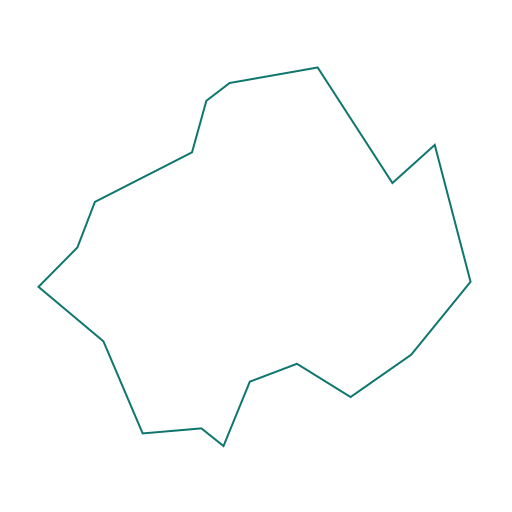 an SVG outline of Wolverhampton, rotated 3°
{"feature_id": "GBR-5693", "entity_name": "Wolverhampton", "entity_type": "Metropolitan Borough", "adm_level": 1, "iso_a3": "GBR", "parent_name": "United Kingdom", "parent_adm1": "", "projection": "mercator", "projection_center": [-2.117, 52.589], "detail": "fine", "context": "isolated", "style": "outline", "palette": "teal", "viewbox_px": 512, "rotation_deg": 3, "n_neighbors": 0, "source": "natural_earth", "source_scale": "10m", "svg_char_len": 387}
<svg xmlns="http://www.w3.org/2000/svg" viewBox="0 0 512 512"><g transform="rotate(3 256 256)"><path d="M428.7,135.7L471.6,270.5L416.2,346.4L357.8,391.9L302.5,361.5L256.4,381.8L233.5,447.5L210.5,431.0L152.1,439.1L108.1,349.2L40.4,298.2L77.2,256.8L92.3,210.4L186.7,155.8L198.3,103.6L220.6,84.6L307.7,64.5L388.4,176.0L428.7,135.7Z" fill="none" stroke="#0f766e" stroke-width="2"/></g></svg>